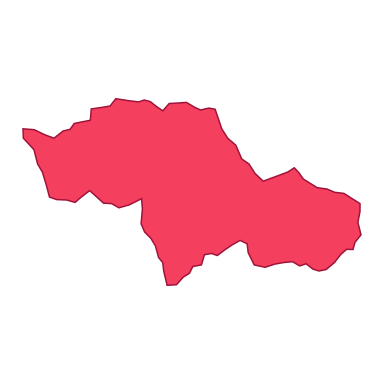 outline of Nova Luzitânia, São Paulo, Brazil
{"feature_id": "56859067B29244160161724", "entity_name": "Nova Luzitânia", "entity_type": "district", "adm_level": 2, "iso_a3": "BRA", "parent_name": "Brazil", "parent_adm1": "São Paulo", "projection": "equal_earth", "projection_center": [-50.251, -20.87], "detail": "fine", "context": "isolated", "style": "filled", "palette": "rose", "viewbox_px": 384, "rotation_deg": 0, "n_neighbors": 0, "source": "geoboundaries", "source_scale": "gbopen_adm2", "svg_char_len": 1320}
<svg xmlns="http://www.w3.org/2000/svg" viewBox="0 0 384 384"><path d="M115.8,98.7L110.1,106.0L100.6,107.6L91.3,108.9L90.3,120.3L81.8,121.9L74.2,123.5L70.1,129.3L63.1,131.0L54.0,138.2L44.6,134.7L34.3,129.7L23.0,128.8L23.3,138.2L28.1,143.3L34.0,149.8L37.6,164.0L42.4,172.1L46.1,184.4L49.5,197.1L56.8,199.6L66.6,200.0L75.1,202.4L81.2,197.1L89.7,190.6L103.6,203.2L111.6,203.6L118.9,207.8L129.2,204.9L141.5,198.7L142.4,208.9L141.1,223.7L144.6,232.0L151.0,238.5L155.5,246.1L158.6,257.6L162.7,262.5L163.7,271.0L167.1,285.3L176.5,284.7L183.2,277.2L189.5,273.2L192.8,266.5L201.4,264.9L204.5,254.7L211.5,253.5L217.3,255.5L224.9,249.8L232.1,244.9L240.1,240.4L247.1,243.8L248.2,252.7L254.2,264.9L265.1,267.3L274.8,264.1L284.0,262.5L292.5,261.7L299.7,265.9L306.1,263.8L312.9,269.1L319.0,271.0L326.2,269.5L334.5,262.5L340.9,254.3L346.7,249.3L353.0,249.5L354.9,242.5L361.0,234.8L357.9,222.4L360.0,211.4L360.0,203.6L343.9,193.4L334.7,192.3L326.9,189.0L317.2,187.7L303.4,179.1L298.8,172.6L294.3,167.8L287.6,172.1L271.7,178.0L263.2,181.2L255.0,173.4L249.0,164.0L241.8,159.0L235.8,145.2L227.8,138.3L221.8,128.9L215.1,109.2L208.7,108.1L200.6,110.0L194.7,107.3L186.4,102.4L176.5,103.1L169.2,103.5L162.8,110.8L156.9,106.8L150.2,101.6L144.2,100.0L138.7,101.9L128.1,100.6L115.8,98.7Z" fill="#f43f5e" stroke="#9f1239" stroke-width="1.5"/></svg>